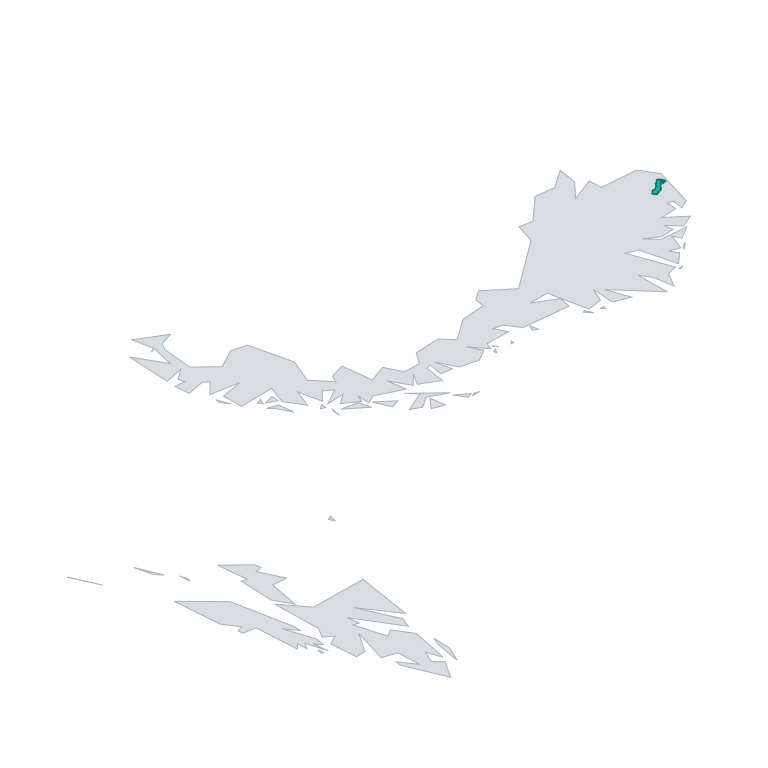 location of Kvinesdal nor, Vest-Agder, Norway, rotated 196°
{"feature_id": "86288312B37428940692053", "entity_name": "Kvinesdal nor", "entity_type": "district", "adm_level": 2, "iso_a3": "NOR", "parent_name": "Norway", "parent_adm1": "Vest-Agder", "projection": "natural_earth1", "projection_center": [6.911, 58.518], "detail": "fine", "context": "in_parent", "style": "filled", "palette": "teal", "viewbox_px": 768, "rotation_deg": 196, "n_neighbors": 0, "source": "geoboundaries", "source_scale": "gbopen_adm2", "svg_char_len": 6887}
<svg xmlns="http://www.w3.org/2000/svg" viewBox="0 0 768 768"><g transform="rotate(196 384 384)"><path d="M458.8,366.5L430.7,372.9L435.6,377.2L429.4,389.7L396.3,384.6L389.9,399.6L367.7,401.4L355.6,413.3L361.6,422.8L344.5,442.1L326.0,446.6L325.8,468.1L309.9,486.8L318.7,489.9L318.9,499.6L280.9,512.7L282.2,562.5L297.5,572.3L285.7,581.7L290.5,605.9L274.0,619.8L273.6,637.9L256.4,630.9L251.0,615.1L242.6,635.6L229.4,632.8L200.2,659.2L175.5,662.6L144.0,643.4L146.0,635.5L156.3,639.4L161.9,635.9L151.9,633.2L162.8,620.6L135.9,629.7L139.7,618.4L158.9,613.7L148.7,612.4L157.4,602.4L175.3,594.9L157.6,599.4L136.3,618.5L137.7,606.4L147.9,605.4L136.4,596.7L147.1,590.2L136.0,591.6L133.9,580.8L176.2,583.0L187.9,576.1L136.0,576.7L140.9,568.8L132.5,558.3L155.0,560.7L169.8,558.5L137.0,550.8L197.8,535.6L169.9,535.8L187.0,525.8L208.7,532.5L199.0,524.2L207.5,512.6L252.1,516.3L266.0,502.0L237.7,514.9L227.7,509.8L265.9,476.6L286.3,473.3L294.3,467.1L278.6,468.7L296.0,451.1L290.9,447.4L315.6,442.3L297.4,444.0L298.8,433.4L316.1,421.2L341.8,419.0L322.5,417.3L332.3,409.5L345.2,415.3L346.8,410.9L328.8,403.6L351.9,392.9L358.5,401.7L355.6,390.7L381.9,387.9L361.4,385.2L391.2,369.5L393.6,361.6L405.6,365.5L400.5,361.1L420.5,353.2L420.5,362.7L432.5,349.7L429.8,364.8L441.6,360.3L438.3,350.5L464.7,352.5L451.7,342.5L476.9,339.0L490.9,348.8L514.9,323.3L534.9,328.0L523.1,345.6L548.5,325.7L551.8,338.1L559.2,335.6L568.7,321.3L584.3,324.1L576.0,331.5L583.2,331.7L583.3,342.1L593.2,326.9L636.2,339.8L595.0,344.7L614.3,354.7L638.5,357.0L603.0,372.9L608.4,361.5L603.9,356.5L575.4,346.7L544.4,356.0L540.5,373.7L526.0,383.7L476.2,380.5L458.8,366.5ZM335.3,114.3L363.4,119.5L361.5,128.3L373.7,123.6L379.5,131.0L428.5,142.2L390.1,150.1L350.3,190.4L300.1,169.4L351.5,160.7L301.4,163.5L293.8,157.8L355.0,149.3L342.0,147.4L347.6,143.9L310.6,142.6L310.2,149.3L284.1,153.2L251.8,137.6L270.0,137.6L262.2,130.3L248.8,133.8L239.1,120.4L291.3,118.2L295.4,120.3L271.9,124.4L296.7,129.3L311.3,120.2L339.2,137.1L328.7,121.4L335.3,114.3ZM394.4,105.4L440.0,114.3L450.9,105.5L456.4,106.5L453.8,111.4L475.4,108.0L525.7,117.3L472.0,132.4L404.2,126.1L396.0,123.9L414.8,120.6L379.0,120.4L370.4,116.8L380.5,114.6L364.0,112.3L388.7,112.9L385.3,108.4L395.5,110.6L394.4,105.4ZM432.9,145.3L467.0,155.1L461.6,158.6L494.2,163.9L458.3,174.6L451.5,173.7L455.3,168.4L424.2,170.5L435.7,160.1L408.8,147.9L432.9,145.3ZM346.6,384.5L361.7,380.6L317.7,393.9L339.7,383.1L340.4,372.3L352.6,366.5L346.6,384.5ZM369.4,364.3L390.2,363.5L366.2,371.6L369.4,364.3ZM389.5,358.3L418.5,347.9L403.6,358.9L389.5,358.3ZM237.6,138.7L260.4,148.8L265.8,153.3L247.9,148.2L237.6,138.7ZM331.8,373.4L336.0,383.1L319.2,380.7L331.8,373.4ZM490.1,328.1L479.2,334.9L462.8,332.0L481.3,330.7L490.1,328.1ZM492.7,333.0L488.4,341.0L481.3,338.8L492.7,333.0ZM298.9,394.6L314.9,392.4L297.7,398.8L298.9,394.6ZM634.3,111.2L598.9,113.1L635.5,110.8L634.3,111.2ZM553.0,137.3L574.1,138.6L542.6,139.8L553.0,137.3ZM525.3,322.7L537.1,320.9L541.2,322.5L525.3,322.7ZM500.4,330.9L498.4,335.2L494.8,331.5L500.4,330.9ZM438.2,342.6L438.4,346.9L433.7,345.4L438.2,342.6ZM400.1,238.4L399.0,242.3L393.1,239.1L400.1,238.4ZM527.7,143.1L518.0,142.6L516.8,141.2L527.7,143.1ZM256.4,476.5L259.7,480.1L250.8,479.3L256.4,476.5ZM417.8,341.7L423.9,343.3L427.6,345.8L417.8,341.7ZM369.9,107.9L374.2,110.2L367.9,109.3L369.9,107.9ZM211.7,509.9L201.6,510.3L212.2,508.1L211.7,509.9ZM197.3,516.0L193.5,519.1L191.8,517.5L197.3,516.0ZM295.2,399.8L289.9,403.2L295.5,397.4L295.2,399.8ZM134.6,598.2L133.4,603.4L132.6,596.7L134.6,598.2ZM286.7,448.1L284.3,445.2L287.5,445.4L286.7,448.1ZM616.4,350.7L615.6,354.1L615.1,353.5L616.4,350.7ZM289.7,450.9L284.0,451.5L290.9,450.2L289.7,450.9ZM273.0,457.6L273.7,460.4L270.9,459.5L273.0,457.6ZM132.0,576.4L129.5,579.6L130.1,577.0L132.0,576.4Z" fill="#d9dde1" stroke="#a8b0b8" stroke-width="1"/><path d="M169.5,657.1L169.8,657.0L169.7,657.0L169.8,657.0L169.8,656.9L170.1,656.8L170.3,656.8L170.3,656.7L170.5,656.7L170.8,656.6L170.9,656.4L170.9,656.5L170.9,656.4L171.0,656.3L171.4,656.3L171.4,656.2L171.5,656.2L171.4,656.1L171.5,656.0L171.8,656.1L172.0,656.1L172.3,656.0L172.3,655.9L172.5,655.8L172.8,655.8L172.8,655.7L173.0,655.7L173.4,655.5L173.8,655.4L174.0,655.3L173.8,655.4L173.5,655.5L173.1,655.8L172.9,655.9L172.6,656.0L172.2,656.1L171.9,656.2L171.9,656.3L171.7,656.4L171.4,656.5L171.2,656.6L170.8,656.7L170.8,656.8L170.7,656.8L170.4,657.0L170.5,657.2L170.6,657.3L170.8,657.3L171.0,657.3L171.1,657.2L171.3,657.2L171.5,657.0L171.9,657.1L172.3,657.0L172.8,657.1L172.9,657.3L173.0,657.2L173.3,657.2L173.5,657.0L173.9,656.9L174.0,656.8L174.4,656.7L174.5,656.7L174.6,656.8L174.9,656.9L175.0,656.9L175.7,656.7L175.8,656.5L176.3,656.7L176.6,656.3L176.6,656.2L176.4,656.1L176.2,656.0L176.5,655.9L176.7,655.7L176.8,655.6L177.3,655.6L177.5,655.6L178.1,655.7L178.3,655.5L178.3,655.4L178.2,655.3L178.1,655.2L178.0,654.9L177.8,654.7L177.9,654.3L177.7,654.0L177.7,653.9L178.0,653.7L177.8,653.5L177.7,653.5L177.7,653.3L177.7,653.1L177.8,653.1L177.8,652.9L177.7,652.8L177.7,652.7L177.9,652.5L177.9,652.4L177.7,652.4L177.5,651.9L177.6,651.7L177.8,651.5L177.9,651.4L178.0,651.3L178.2,651.2L177.9,651.0L177.8,650.9L177.7,650.9L177.6,650.5L177.7,650.4L177.7,650.2L177.4,650.0L177.5,650.0L177.4,649.8L177.4,649.7L177.1,649.2L177.1,648.9L177.0,648.7L176.8,648.6L176.9,648.4L176.9,648.0L177.1,647.3L177.1,647.2L177.2,646.9L177.2,646.7L177.2,646.2L177.1,645.8L177.1,645.6L177.1,645.4L177.4,645.2L178.8,644.9L178.9,644.3L179.0,644.1L179.1,643.8L179.3,643.6L179.2,643.5L179.2,643.4L179.3,643.2L179.2,643.1L178.9,643.1L178.9,642.8L178.8,642.4L178.6,642.2L178.4,642.1L178.4,641.4L178.8,640.8L178.5,640.7L176.5,640.8L176.1,640.8L175.8,640.9L175.7,641.1L175.9,641.3L175.7,641.5L175.0,641.6L174.8,641.4L174.6,641.5L174.0,641.7L173.9,641.7L173.7,641.6L173.6,642.0L173.9,642.2L174.0,642.4L173.9,642.6L173.9,642.8L173.6,642.9L173.3,643.0L173.2,643.3L173.2,643.5L173.3,643.6L173.0,643.7L172.9,643.9L173.0,643.9L173.0,644.0L173.3,644.1L173.1,644.2L173.0,644.3L172.9,644.3L172.9,644.5L172.4,644.6L172.3,644.8L172.2,645.0L172.3,645.1L172.4,645.4L172.3,645.5L172.2,645.6L172.1,645.8L171.9,646.0L172.0,646.1L171.9,646.1L171.8,646.3L171.8,646.5L171.7,646.5L171.8,646.7L171.7,646.8L171.6,647.0L171.6,647.3L171.2,647.5L171.3,647.7L171.5,647.9L171.6,648.1L171.6,648.6L171.6,648.8L171.7,649.1L171.8,649.4L172.0,649.5L172.6,649.6L172.7,649.9L172.7,650.0L172.7,650.5L172.8,651.2L172.9,651.3L172.8,651.6L172.7,651.8L172.8,651.8L172.7,652.0L172.9,652.3L173.0,652.3L173.1,652.6L173.6,652.8L173.6,653.0L173.7,653.5L173.8,653.7L173.8,653.8L173.7,654.0L173.6,653.7L173.3,653.9L172.5,654.2L172.0,654.4L171.7,654.4L171.3,654.3L171.2,653.8L170.8,653.8L170.6,654.0L170.6,654.4L170.6,654.5L170.7,654.8L170.6,655.0L170.6,655.3L170.7,655.6L170.1,655.6L170.2,655.8L170.3,655.8L170.3,656.0L170.3,656.3L170.2,656.4L170.0,656.5L169.7,656.6L169.3,656.7L169.4,656.8L169.4,657.0L169.5,657.1Z" fill="#14b8a6" stroke="#0f766e" stroke-width="1.5"/></g></svg>